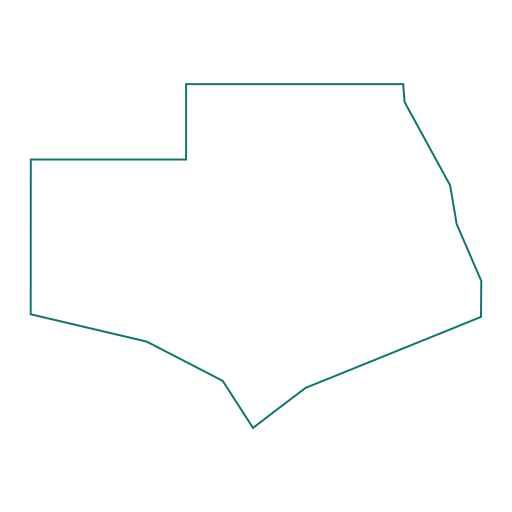 outline of 82, Ar Rayyān, Qatar
{"feature_id": "91078587B69331061466095", "entity_name": "82", "entity_type": "district", "adm_level": 2, "iso_a3": "QAT", "parent_name": "Qatar", "parent_adm1": "Ar Rayyān", "projection": "natural_earth1", "projection_center": [51.205, 25.205], "detail": "fine", "context": "isolated", "style": "outline", "palette": "teal", "viewbox_px": 512, "rotation_deg": 0, "n_neighbors": 0, "source": "geoboundaries", "source_scale": "gbopen_adm2", "svg_char_len": 361}
<svg xmlns="http://www.w3.org/2000/svg" viewBox="0 0 512 512"><path d="M30.8,159.5L30.7,314.3L146.7,341.6L222.7,380.9L253.0,427.9L276.5,409.9L305.7,387.8L414.0,344.0L481.0,316.9L481.0,316.7L481.3,281.0L456.6,223.9L454.9,213.5L450.1,185.3L404.6,102.1L403.2,84.1L374.9,84.1L186.1,84.1L186.1,159.5L30.8,159.5Z" fill="none" stroke="#0f766e" stroke-width="2"/></svg>